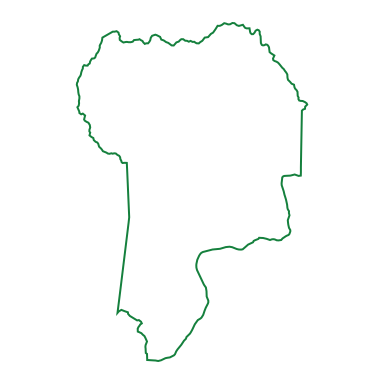 outline of Santa Maria da Boa Vista, Pernambuco, Brazil
{"feature_id": "56859067B41266149437211", "entity_name": "Santa Maria da Boa Vista", "entity_type": "district", "adm_level": 2, "iso_a3": "BRA", "parent_name": "Brazil", "parent_adm1": "Pernambuco", "projection": "robinson", "projection_center": [-39.926, -8.695], "detail": "fine", "context": "isolated", "style": "outline", "palette": "green", "viewbox_px": 384, "rotation_deg": 0, "n_neighbors": 0, "source": "geoboundaries", "source_scale": "gbopen_adm2", "svg_char_len": 4155}
<svg xmlns="http://www.w3.org/2000/svg" viewBox="0 0 384 384"><path d="M147.2,360.0L155.4,360.5L158.2,361.0L161.0,360.3L165.4,358.2L167.2,357.8L169.9,357.4L174.0,355.3L175.0,354.2L176.2,351.4L177.6,349.3L181.3,344.8L184.0,340.7L185.9,338.8L186.5,337.0L190.0,333.6L191.1,331.8L192.0,330.2L192.6,329.0L194.8,324.3L197.8,320.1L200.5,318.5L201.5,317.6L203.2,314.9L204.6,310.7L205.7,307.9L207.9,303.6L208.3,302.4L208.3,300.6L206.7,296.6L206.5,291.2L205.9,287.5L204.7,285.8L203.9,284.6L197.0,270.0L196.4,267.6L196.3,265.3L196.4,264.0L197.3,259.8L199.2,255.6L200.4,253.8L201.4,252.8L202.9,252.0L212.6,249.5L220.0,248.8L225.8,247.1L229.5,246.7L232.2,247.2L236.7,249.0L238.8,249.5L241.2,249.6L242.7,249.3L245.6,246.8L248.1,244.6L253.0,242.3L253.7,240.9L255.1,240.2L258.4,238.9L259.1,237.8L263.1,238.0L266.5,238.8L270.0,240.0L272.0,239.3L273.3,239.2L274.7,239.4L276.8,240.3L278.6,240.4L281.2,240.0L282.6,238.4L283.8,237.6L285.7,236.3L287.0,235.6L288.5,235.0L289.4,234.0L290.3,231.5L290.3,230.1L289.0,227.8L288.3,224.7L288.0,222.3L287.8,220.2L289.5,215.3L288.9,213.0L289.0,211.2L287.8,209.3L287.4,207.8L287.1,204.6L286.0,199.6L285.0,196.3L284.5,194.8L283.7,191.3L281.7,185.2L281.6,183.3L282.3,177.3L283.4,176.2L284.7,175.9L290.4,175.6L294.7,174.5L298.6,175.9L300.8,175.6L300.9,172.1L300.9,167.2L301.1,155.1L301.9,110.7L303.1,109.5L305.0,108.8L305.2,106.6L307.2,104.6L306.6,103.3L305.0,102.1L302.7,101.0L300.7,100.9L299.2,100.5L298.4,99.0L298.6,97.6L297.7,95.9L297.5,91.8L296.6,90.2L295.1,88.6L294.5,87.3L294.0,84.7L291.6,83.7L290.1,81.9L288.0,79.8L287.5,77.8L287.3,74.4L286.2,72.5L285.0,71.0L283.7,69.0L282.3,67.8L279.6,64.4L278.1,62.7L276.5,61.7L274.6,61.0L273.3,60.1L273.0,58.6L274.4,55.5L271.0,53.3L269.6,52.1L269.0,47.3L268.0,45.5L267.0,44.7L265.7,44.4L264.6,45.1L263.0,45.4L261.8,44.9L260.9,43.0L260.6,36.3L259.7,34.0L259.7,31.6L258.7,30.2L257.3,29.7L255.6,30.7L254.6,32.6L253.2,34.1L251.8,34.2L250.6,33.2L250.1,31.9L249.5,28.3L246.7,28.4L245.2,27.9L244.3,26.8L242.9,24.8L238.9,25.9L236.8,25.2L234.5,23.2L232.4,23.0L230.0,24.3L228.1,24.4L226.0,23.6L224.2,23.2L221.9,24.9L220.2,25.7L219.0,25.9L217.6,25.8L215.5,29.2L213.1,32.6L210.9,33.9L208.1,37.1L204.7,37.6L203.9,38.7L202.3,40.8L200.1,42.2L198.8,43.4L196.7,43.3L195.3,42.6L194.4,41.8L192.5,41.9L190.6,40.9L188.8,41.7L187.0,40.8L185.2,40.7L183.2,39.2L181.3,39.2L180.0,40.2L178.7,41.6L176.4,42.4L173.7,45.5L171.6,45.4L168.3,42.9L166.1,42.1L163.7,40.4L161.3,39.6L160.1,36.9L156.8,35.2L155.3,34.7L152.1,35.8L150.8,37.7L150.2,40.3L149.4,41.7L148.1,43.3L146.2,43.3L144.8,43.9L143.3,42.4L142.5,41.0L140.6,40.0L139.5,39.2L138.3,39.7L136.6,39.8L134.0,40.1L132.7,41.7L130.7,42.2L128.6,42.2L126.9,41.9L125.7,42.0L123.4,42.5L121.7,41.4L119.8,39.9L119.6,37.9L120.1,36.3L118.9,34.4L118.5,32.6L116.6,31.2L114.5,31.7L112.7,31.7L102.4,37.6L102.0,40.5L101.2,42.9L100.3,44.4L99.7,45.7L99.8,47.5L99.3,49.1L98.7,50.8L97.7,52.6L96.6,53.6L95.7,55.9L95.2,57.5L94.0,58.4L91.9,58.6L90.9,60.1L90.1,61.6L89.7,63.5L88.4,64.3L87.6,65.6L85.8,65.6L84.2,65.1L82.9,66.8L82.8,68.6L82.0,70.2L81.3,72.3L80.9,74.4L80.4,75.8L79.1,77.6L78.2,79.3L77.9,81.4L77.1,82.8L76.8,84.8L77.6,87.2L78.1,89.6L78.3,92.2L78.7,94.5L79.4,96.2L79.4,98.4L78.9,101.2L79.1,103.2L78.7,105.7L77.4,107.2L79.3,111.6L79.4,113.0L81.2,114.3L82.8,113.6L85.1,115.5L84.1,119.4L84.7,120.6L86.5,121.8L88.4,122.7L89.8,125.0L90.2,127.5L89.4,129.9L89.4,131.5L90.2,132.6L89.5,135.4L91.5,137.0L93.3,138.0L93.8,140.1L95.6,141.8L97.3,142.5L98.2,143.7L99.1,146.7L101.0,148.5L101.9,149.6L102.9,151.2L106.6,152.7L107.7,153.5L109.4,153.8L111.4,153.3L112.7,153.7L114.2,153.3L115.8,153.5L117.4,154.9L119.2,155.8L120.1,157.2L120.4,159.2L121.2,160.6L121.7,162.3L122.6,163.0L124.7,162.8L126.8,162.9L126.9,164.5L127.0,167.2L127.1,168.9L129.2,217.3L128.6,222.7L119.5,297.0L117.5,312.9L118.9,311.3L121.4,309.9L124.7,311.2L127.9,312.3L128.1,313.9L129.8,315.9L137.1,320.4L138.9,320.1L141.0,321.7L141.8,323.4L140.3,324.4L139.5,325.7L138.5,327.0L137.7,328.7L137.8,331.6L139.3,332.2L141.4,333.2L142.8,334.7L144.4,336.0L145.2,337.5L147.0,341.5L146.5,342.8L145.6,345.1L145.4,346.9L145.6,348.5L145.7,351.1L145.8,353.0L147.0,353.9L147.1,356.8L147.2,360.0Z" fill="none" stroke="#15803d" stroke-width="2"/></svg>